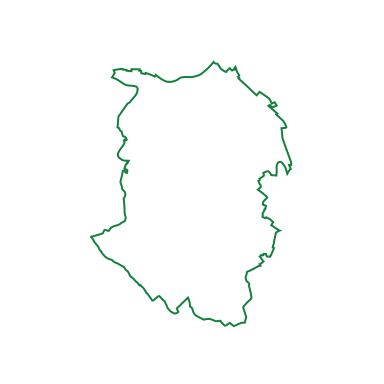 Kim Bang, Hà Nam, Vietnam, rotated 341°
{"feature_id": "81297802B80649611591308", "entity_name": "Kim Bang", "entity_type": "district", "adm_level": 2, "iso_a3": "VNM", "parent_name": "Vietnam", "parent_adm1": "Hà Nam", "projection": "orthographic", "projection_center": [105.849, 20.571], "detail": "fine", "context": "isolated", "style": "outline", "palette": "green", "viewbox_px": 384, "rotation_deg": 341, "n_neighbors": 0, "source": "geoboundaries", "source_scale": "gbopen_adm2", "svg_char_len": 6030}
<svg xmlns="http://www.w3.org/2000/svg" viewBox="0 0 384 384"><g transform="rotate(341 192 192)"><path d="M254.7,76.1L252.2,77.6L246.8,80.5L241.1,82.7L238.7,83.5L236.7,83.8L234.7,83.8L231.6,83.6L229.5,83.3L227.0,82.6L223.3,81.1L221.3,80.6L219.7,80.3L218.7,80.2L217.6,80.3L214.9,81.1L213.5,81.3L211.8,81.4L209.0,81.2L207.7,80.9L204.5,79.7L203.4,79.0L200.6,76.2L199.6,75.0L197.5,72.0L195.9,69.4L194.4,70.7L193.3,69.6L190.5,67.1L186.9,64.3L186.2,65.2L182.7,63.2L183.3,60.8L181.7,60.2L182.4,59.0L174.8,56.2L174.1,58.1L169.6,56.0L169.8,55.1L166.8,54.0L166.9,53.5L165.3,52.8L165.3,52.5L157.6,51.3L157.7,54.1L157.5,54.4L153.7,57.6L156.5,59.9L158.5,62.0L160.7,65.0L163.1,68.1L165.6,70.1L171.5,72.8L173.6,74.2L174.2,75.3L174.2,76.7L174.0,77.6L173.6,77.9L172.7,79.8L171.3,81.3L170.5,82.0L169.2,82.8L165.8,84.8L162.1,87.0L161.4,87.3L160.1,87.3L153.8,91.7L146.9,96.9L143.8,104.1L142.6,106.7L143.6,107.4L143.9,108.7L144.0,109.9L144.1,110.4L144.4,110.9L145.1,111.7L144.9,116.0L145.0,116.6L145.2,117.1L146.4,117.8L146.9,118.5L147.2,119.3L147.3,120.3L147.3,121.4L147.1,121.5L146.1,121.6L145.8,120.5L145.5,120.5L145.2,120.7L144.9,121.1L144.3,121.2L144.3,122.1L144.1,123.3L143.7,124.1L141.6,125.9L138.9,127.7L136.8,129.3L135.1,130.9L134.6,131.5L134.2,132.5L133.9,133.6L133.9,134.4L134.1,135.3L134.4,136.0L135.6,137.9L136.3,138.8L137.4,139.8L138.3,140.3L140.1,141.0L141.6,141.5L142.4,141.9L140.6,143.5L140.2,143.0L139.5,143.6L139.8,144.0L137.8,145.1L135.8,147.7L135.9,148.1L138.0,150.1L136.9,152.7L135.7,152.2L135.4,151.7L135.4,150.9L135.2,150.2L134.9,149.8L134.2,149.5L133.6,149.4L130.2,155.1L128.7,157.5L128.1,158.2L127.8,158.8L127.6,159.6L127.4,160.9L127.5,163.3L127.3,164.6L127.0,166.9L128.1,169.0L128.5,170.3L128.5,171.0L128.4,171.9L128.1,172.9L126.6,174.9L125.7,175.7L125.2,176.3L124.1,180.9L123.3,183.8L122.9,185.5L121.5,189.6L121.2,191.8L121.2,193.3L120.8,195.0L120.4,195.8L119.6,197.0L118.8,197.6L118.4,197.8L117.8,197.8L114.9,198.3L113.2,198.9L112.2,199.1L105.7,199.0L104.4,199.3L103.0,199.8L100.8,201.6L100.1,201.5L97.8,199.7L97.3,199.6L96.7,199.6L96.0,200.2L94.4,201.9L93.7,202.1L84.5,201.7L82.2,201.4L81.9,201.2L81.6,200.9L82.7,203.5L83.1,205.3L83.4,207.4L84.8,211.4L85.3,212.6L85.6,213.4L85.8,216.4L85.9,217.0L86.7,218.4L86.9,218.9L86.9,219.8L87.0,220.3L87.3,221.4L88.0,222.8L88.6,224.5L89.4,225.7L90.7,227.4L92.0,228.6L94.1,230.1L94.4,230.5L94.9,231.8L95.9,233.2L98.5,235.4L99.7,236.9L101.7,239.0L103.2,240.9L103.4,241.5L103.7,243.1L104.2,244.2L105.1,245.7L105.5,246.4L106.1,249.9L106.1,251.2L106.3,251.7L106.8,252.3L107.8,253.8L108.6,255.4L109.5,257.7L111.1,260.5L111.7,262.7L112.0,263.2L113.1,263.1L113.4,264.4L114.7,266.8L115.1,268.0L115.3,268.9L115.2,269.7L115.8,270.4L116.0,272.6L116.3,272.9L117.2,274.9L119.1,281.7L119.9,281.9L121.0,281.6L122.6,280.9L126.2,279.6L127.1,279.8L127.4,280.0L129.7,285.2L130.4,286.0L130.7,287.4L130.8,289.2L131.1,291.3L131.1,293.1L131.2,293.7L131.6,295.0L133.2,298.4L135.4,300.7L135.9,301.1L136.5,301.4L138.0,301.5L138.9,301.4L140.1,300.9L139.9,299.6L139.7,297.1L144.1,295.2L145.3,294.5L153.8,290.6L153.9,293.6L153.8,295.7L153.1,298.7L152.9,299.3L152.9,299.7L153.3,300.0L154.1,301.5L154.3,303.1L154.2,304.1L154.2,306.1L154.4,307.7L154.7,308.6L155.0,309.1L156.1,310.8L161.1,316.1L161.6,316.5L165.5,317.1L166.1,317.3L167.3,317.8L168.4,318.5L169.3,319.2L172.1,321.6L173.0,322.1L173.6,322.3L177.0,323.0L177.2,324.3L179.1,328.4L179.5,329.0L179.8,329.2L180.8,329.2L185.1,328.1L187.9,332.5L193.2,331.9L195.0,331.9L196.5,331.9L197.7,332.2L199.5,332.7L200.1,331.5L202.1,328.7L202.6,327.8L202.7,320.7L202.8,317.8L203.0,317.4L204.6,316.4L208.7,314.1L210.4,313.4L212.5,312.5L213.7,311.6L214.6,307.3L215.2,301.1L215.2,299.2L216.1,298.0L216.2,297.5L215.5,295.4L215.3,294.9L214.7,294.3L214.6,293.9L214.6,291.5L215.1,289.7L217.0,287.3L217.9,285.5L221.1,285.2L225.7,284.6L230.2,283.8L231.5,283.7L232.8,284.0L232.5,282.3L233.7,282.1L237.0,281.0L236.6,280.1L235.8,277.0L235.4,276.0L235.0,275.1L237.0,274.1L237.5,274.7L238.3,275.0L238.8,275.0L239.2,274.7L239.5,273.8L241.8,274.7L241.7,276.2L241.8,277.0L242.0,277.5L242.4,277.8L244.0,278.0L244.6,278.7L245.7,277.8L248.9,274.4L250.0,273.1L251.3,271.7L250.3,270.6L253.1,266.5L253.2,266.1L255.5,262.1L258.1,257.8L259.9,257.3L261.7,257.0L262.4,257.0L261.4,256.1L258.0,251.6L256.1,249.3L259.0,246.8L256.8,243.1L255.5,241.6L253.9,240.1L253.1,240.7L250.6,238.7L250.9,238.2L250.9,237.6L251.5,236.9L251.6,235.7L251.9,235.0L252.3,234.6L253.5,233.9L253.7,233.7L254.7,232.1L255.0,232.0L255.6,232.2L257.4,229.2L257.2,228.8L255.7,227.8L254.9,227.0L254.9,226.8L256.2,224.5L256.5,224.2L258.6,223.1L260.0,222.4L260.5,222.3L261.3,221.6L260.7,220.1L258.5,216.2L255.0,211.2L257.3,210.3L258.5,209.8L258.8,208.7L259.2,207.8L258.7,206.8L258.5,205.7L258.4,203.2L259.7,202.9L260.0,202.7L260.1,201.5L265.1,200.1L265.3,199.9L265.5,199.2L265.6,197.2L267.6,197.0L269.1,196.9L270.3,197.0L270.6,197.2L271.2,197.6L271.5,198.1L271.9,199.0L272.4,201.8L277.1,203.9L278.5,200.8L279.7,197.4L280.0,196.1L280.3,195.3L280.8,194.5L282.0,193.1L282.9,192.3L283.7,192.1L284.6,192.1L285.1,192.1L285.7,192.4L286.2,193.0L286.8,193.9L287.2,195.1L288.0,197.9L288.2,198.9L288.2,201.9L288.0,205.8L291.4,202.9L292.2,202.5L292.9,202.4L292.6,198.0L294.5,198.8L294.8,197.9L295.3,196.8L295.4,195.4L295.1,179.1L295.1,170.4L296.1,166.7L297.4,160.8L301.0,161.7L302.1,161.7L302.3,161.5L302.4,161.2L302.3,159.4L302.1,157.5L301.6,155.7L301.4,154.4L298.9,149.8L297.3,147.1L296.8,146.0L298.1,145.5L295.9,141.6L292.3,135.5L293.8,135.0L295.4,138.2L300.2,137.9L299.9,136.2L299.3,134.0L296.1,134.3L296.1,133.2L295.7,130.2L295.3,128.8L294.5,127.4L290.8,122.4L288.5,119.3L284.6,121.6L280.8,114.5L279.2,111.2L273.0,99.9L273.8,99.6L273.0,98.0L274.2,97.4L274.7,97.1L274.3,95.4L273.8,93.9L273.7,92.8L273.8,87.8L272.7,88.5L272.2,89.2L271.9,90.1L271.1,89.8L270.6,89.8L269.4,90.2L268.7,88.8L268.0,87.2L264.5,88.7L263.8,89.1L263.4,89.6L263.0,89.3L262.4,88.9L261.2,87.5L260.3,86.2L259.4,84.7L259.2,84.1L259.0,83.1L258.0,79.4L257.8,79.1L257.5,78.8L256.1,78.3L255.3,77.4L254.9,76.9L254.7,76.1Z" fill="none" stroke="#15803d" stroke-width="2"/></g></svg>